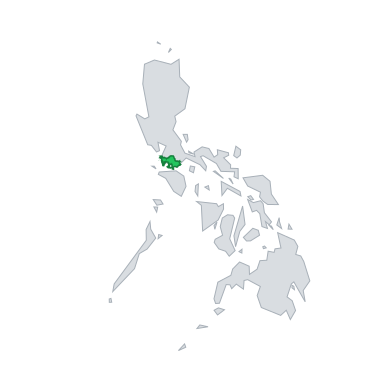 Batangas, Batangas, Philippines shown in context, rotated 350°
{"feature_id": "2640588B63294043497895", "entity_name": "Batangas", "entity_type": "district", "adm_level": 2, "iso_a3": "PHL", "parent_name": "Philippines", "parent_adm1": "Batangas", "projection": "mercator", "projection_center": [120.815, 13.883], "detail": "fine", "context": "in_parent", "style": "filled", "palette": "green", "viewbox_px": 384, "rotation_deg": 350, "n_neighbors": 0, "source": "geoboundaries", "source_scale": "gbopen_adm2", "svg_char_len": 7981}
<svg xmlns="http://www.w3.org/2000/svg" viewBox="0 0 384 384"><g transform="rotate(350 192 192)"><path d="M177.9,55.5L193.5,62.6L202.3,59.0L199.9,76.5L207.6,88.3L199.5,108.8L188.2,114.3L188.5,120.0L184.0,127.5L190.3,140.2L188.9,143.6L191.8,152.5L201.1,157.7L200.9,153.0L209.8,149.3L216.2,152.1L219.8,161.5L223.8,159.7L224.3,154.8L234.7,159.7L234.5,162.2L229.1,163.8L234.8,171.9L234.0,175.3L241.5,176.9L239.8,187.0L236.0,184.3L237.5,179.5L224.1,176.7L221.0,168.2L209.2,158.2L206.5,158.6L210.7,169.2L209.2,173.5L204.6,166.5L192.1,157.5L183.0,163.7L172.4,158.6L168.2,160.4L167.8,152.1L174.5,142.2L167.1,137.1L167.2,145.7L164.0,146.4L160.1,139.0L156.6,137.8L150.1,107.3L151.3,105.7L158.2,111.8L162.6,110.5L162.3,77.0L167.4,57.9L177.9,55.5ZM269.3,246.9L284.4,257.1L286.8,264.0L283.3,271.5L288.0,273.9L290.0,279.8L292.6,300.0L284.4,308.3L284.4,319.8L276.7,298.2L273.9,299.7L267.4,311.8L271.8,316.5L273.4,326.7L266.7,334.7L264.3,324.8L257.9,328.9L240.2,317.8L238.2,305.3L242.9,296.9L231.6,288.0L227.9,288.2L225.8,296.6L219.6,290.4L214.3,294.1L213.3,290.0L209.6,289.1L199.7,306.3L195.9,305.9L195.1,301.0L201.8,285.3L215.8,280.8L218.7,274.9L226.7,269.2L235.4,275.0L234.3,283.1L242.7,279.3L247.0,271.4L253.8,272.2L256.7,263.5L262.4,265.7L263.9,262.4L269.9,262.6L269.3,246.9ZM224.3,257.2L217.5,261.7L214.8,256.2L208.5,252.7L205.1,245.5L206.6,242.6L214.6,239.9L213.8,231.0L217.3,222.9L223.0,220.6L228.3,222.1L229.5,225.1L221.0,244.6L224.3,257.2ZM264.5,187.8L270.7,195.0L269.8,207.8L274.9,219.4L264.3,217.4L260.2,213.2L257.7,208.5L259.4,204.1L247.9,195.8L244.7,186.9L264.5,187.8ZM194.9,202.2L214.2,207.8L215.4,211.0L220.9,209.0L220.1,214.3L212.8,224.2L195.7,232.3L198.9,206.7L194.9,202.2ZM122.1,257.5L96.7,276.3L99.4,269.0L138.6,231.6L140.3,221.0L145.5,213.8L144.9,221.5L148.3,231.1L137.9,240.4L129.4,243.5L122.1,257.5ZM163.2,166.6L180.0,168.4L186.7,174.9L187.1,185.4L180.7,194.4L174.1,188.2L168.5,174.0L161.9,168.8L163.2,166.6ZM250.6,213.1L258.0,212.5L260.0,215.9L259.7,225.0L265.1,235.2L262.4,237.7L259.2,233.9L260.0,241.0L254.9,238.2L255.0,225.1L252.4,221.3L247.9,222.1L245.5,209.0L250.6,213.1ZM225.4,253.4L225.7,242.4L239.4,214.6L238.6,233.2L232.3,239.0L225.4,253.4ZM251.0,246.3L241.1,250.3L237.2,249.7L234.7,245.6L245.6,238.3L250.6,241.2L251.0,246.3ZM222.6,186.6L239.4,199.8L239.5,204.4L227.5,194.5L220.9,200.7L222.6,186.6ZM245.9,164.1L242.2,166.3L239.4,163.4L243.2,154.5L247.3,158.9L245.9,164.1ZM203.5,313.6L195.8,317.5L193.2,312.3L197.9,310.7L203.5,313.6ZM152.5,192.7L159.6,194.4L161.4,198.8L155.1,198.9L152.5,192.7ZM194.9,166.1L199.1,167.7L196.8,173.3L193.1,170.6L194.9,166.1ZM176.6,324.3L184.4,327.5L173.2,327.3L176.6,324.3ZM273.9,243.6L269.8,239.2L273.4,232.4L273.0,236.5L273.9,243.6ZM199.7,185.1L197.0,196.9L195.1,192.0L196.7,186.3L199.7,185.1ZM158.3,340.3L158.9,343.8L151.1,345.8L158.3,340.3ZM197.4,134.4L197.2,139.8L195.3,142.0L193.3,133.7L197.4,134.4ZM211.4,226.0L208.0,232.7L207.9,228.8L211.4,226.0ZM155.6,200.9L153.7,205.7L151.9,200.1L155.6,200.9ZM251.3,210.0L248.7,210.1L246.1,206.3L249.2,205.8L251.3,210.0ZM209.3,188.6L209.3,193.0L205.5,189.4L209.3,188.6ZM284.0,246.0L280.2,245.2L281.9,240.5L284.0,246.0ZM218.5,175.2L225.3,184.1L216.7,175.4L218.5,175.2ZM155.0,229.6L150.5,232.1L151.8,228.1L155.0,229.6ZM231.3,257.0L230.5,260.8L227.9,258.9L231.3,257.0ZM232.4,186.0L233.9,191.3L230.6,184.7L232.4,186.0ZM93.8,286.6L91.4,286.3L91.9,283.0L93.7,282.7L93.8,286.6ZM255.4,259.9L252.5,260.2L252.2,258.2L254.0,257.8L255.4,259.9ZM275.9,306.0L273.8,303.7L274.4,301.3L275.9,302.5L275.9,306.0ZM159.3,160.0L160.6,163.0L157.0,159.6L159.3,160.0ZM264.3,239.3L265.5,243.2L262.2,238.4L264.3,239.3ZM196.4,48.0L193.0,50.5L195.5,46.8L196.4,48.0ZM200.4,155.1L195.8,152.8L195.8,151.2L200.4,155.1ZM184.0,38.2L186.9,41.0L183.6,39.1L184.0,38.2Z" fill="#d9dde1" stroke="#a8b0b8" stroke-width="1"/><path d="M167.8,151.4L167.7,151.4L167.6,151.2L167.6,151.3L167.4,151.4L167.3,151.2L167.1,151.2L167.2,151.3L167.1,151.5L167.3,151.6L167.2,151.7L167.3,151.7L167.2,151.8L167.0,152.0L167.4,152.1L167.2,152.2L167.3,152.2L167.3,152.3L167.6,152.2L167.7,152.3L167.1,152.4L166.9,152.5L167.0,152.5L167.3,152.7L167.1,152.7L167.1,152.8L167.3,152.8L167.5,152.8L167.6,153.0L167.1,153.1L167.3,153.2L167.3,153.3L166.9,153.2L166.7,153.3L166.9,153.3L167.0,153.3L166.9,153.3L167.1,153.4L167.3,153.3L167.2,153.4L167.3,153.6L167.5,153.6L167.8,153.6L167.8,153.8L167.9,154.0L167.8,154.3L167.9,154.9L167.9,155.3L167.7,155.5L167.8,155.6L167.8,155.8L167.7,155.9L167.8,156.0L168.0,156.1L167.9,156.3L168.1,156.5L167.9,156.8L167.7,156.8L167.5,156.6L167.5,156.9L167.7,157.0L167.8,157.1L167.7,157.5L167.8,157.5L167.7,157.6L167.8,157.7L167.8,157.8L167.8,158.0L167.9,158.3L167.8,158.5L167.8,158.9L167.8,159.0L167.9,159.3L167.9,159.5L167.9,159.8L167.9,160.0L168.0,159.9L168.0,160.0L167.9,160.1L167.9,160.3L168.1,160.3L168.1,160.5L168.4,160.8L168.5,161.1L168.8,161.1L169.0,160.7L168.9,160.6L168.9,160.4L168.6,159.9L168.6,159.7L168.5,159.4L168.6,159.5L168.5,159.4L168.8,159.2L168.8,159.3L169.2,159.3L169.7,159.6L169.9,159.5L170.0,159.4L170.0,159.2L169.7,158.8L169.5,158.6L169.4,158.5L169.5,158.2L169.7,157.8L169.9,157.7L170.0,157.7L170.1,157.8L170.2,157.6L170.4,157.5L171.1,157.8L171.3,157.7L171.3,157.8L171.4,157.7L171.4,157.8L171.6,157.8L172.1,158.0L172.3,158.0L172.5,158.1L173.2,158.3L173.7,158.5L173.9,158.8L174.0,159.4L174.0,159.8L173.9,159.9L173.7,160.0L173.9,160.2L173.9,160.5L174.0,160.4L174.1,160.5L174.3,160.9L174.3,161.0L174.2,161.1L174.3,161.3L174.2,161.4L173.8,161.4L173.5,161.8L173.3,162.1L173.2,162.1L173.1,162.4L173.5,162.9L173.5,163.0L173.6,162.9L174.0,162.6L174.3,162.0L174.7,161.7L174.9,161.4L175.0,161.2L175.2,160.9L175.3,161.0L175.2,160.9L175.3,160.9L175.5,160.8L175.8,160.9L176.1,161.0L176.3,161.1L176.6,161.3L176.7,161.2L176.7,161.3L176.7,161.5L176.8,161.7L176.9,161.8L177.0,161.8L177.0,162.1L177.1,162.3L177.0,162.5L176.9,162.6L176.8,162.8L176.8,163.0L176.9,163.4L176.8,163.6L176.5,164.0L176.9,164.0L177.0,164.2L177.4,164.4L177.6,164.3L178.0,164.2L178.7,164.0L179.1,163.9L179.5,163.8L179.8,163.9L179.9,164.1L180.1,164.2L180.4,164.1L180.7,164.2L181.1,164.7L181.2,164.8L181.7,164.8L181.9,164.8L182.1,164.5L182.3,164.5L182.4,164.3L182.6,164.0L182.9,163.8L183.1,163.8L183.4,163.5L183.6,163.5L183.8,163.3L184.1,163.2L184.3,163.3L184.6,163.6L184.9,163.5L185.0,163.3L185.6,162.9L185.3,162.6L185.2,162.6L185.1,162.8L185.0,162.7L185.2,162.2L185.0,161.9L184.8,161.3L185.0,160.6L185.4,160.2L185.2,160.0L185.2,159.8L185.0,160.0L185.0,159.8L184.9,159.9L184.8,159.7L184.7,159.8L184.7,159.7L184.8,159.7L184.5,159.5L184.4,159.6L184.1,159.5L183.9,159.5L183.7,159.4L183.6,159.2L183.3,159.0L183.0,159.1L182.8,159.0L182.7,159.0L182.2,159.0L182.1,158.9L181.7,158.9L181.5,158.5L181.3,158.5L181.2,158.5L180.9,158.3L180.8,158.2L180.7,158.0L180.7,157.6L180.9,156.9L181.0,156.6L180.6,156.1L180.3,155.6L180.1,153.8L179.8,153.3L179.7,153.2L179.4,153.2L179.0,153.1L178.6,153.0L178.4,153.0L177.9,152.8L176.7,152.8L176.3,153.3L176.0,153.5L175.4,153.6L175.2,153.8L175.2,154.1L174.8,154.2L174.7,154.1L174.5,154.3L174.1,154.4L173.7,154.5L173.5,154.3L173.2,154.4L172.9,154.5L172.6,154.8L172.5,154.5L172.4,154.2L171.9,153.9L171.6,153.9L170.9,153.6L170.9,153.3L170.9,153.2L170.5,153.2L170.3,153.3L170.2,153.2L170.0,153.3L169.8,153.4L169.6,153.3L169.6,153.2L169.4,153.0L169.3,152.6L169.7,152.4L169.3,152.4L169.0,152.2L168.9,152.1L168.6,152.2L168.4,151.8L168.5,151.5L168.4,151.5L168.1,151.5L167.9,151.5L167.8,151.4ZM172.2,162.9L172.3,162.9L172.2,163.1L172.4,163.2L172.5,163.7L172.8,163.8L173.0,163.8L173.1,164.0L173.8,164.3L174.6,164.1L174.4,163.6L173.8,163.5L173.4,163.6L173.2,163.4L173.1,163.5L173.0,163.4L172.8,163.4L172.4,163.2L172.2,162.9ZM177.7,165.5L177.6,165.3L177.2,165.6L176.8,165.5L176.7,165.4L176.7,165.7L176.9,165.7L177.0,165.9L177.5,166.4L177.9,166.2L177.7,165.5ZM172.5,162.8L172.4,163.0L172.5,163.2L172.5,162.8ZM165.0,154.8L165.1,155.0L165.0,154.8ZM167.2,151.0L167.3,151.2L167.2,151.0ZM166.8,152.9L166.9,153.0L166.9,152.9L166.8,152.9ZM174.8,164.1L174.7,164.1L174.8,164.2L174.8,164.1Z" fill="#22c55e" stroke="#15803d" stroke-width="1.5"/></g></svg>